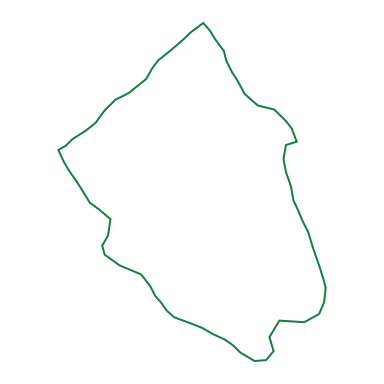 Patanissos, Cyprus, rotated 90°
{"feature_id": "46923920B57147511667034", "entity_name": "Patanissos", "entity_type": "district", "adm_level": 2, "iso_a3": "CYP", "parent_name": "Cyprus", "parent_adm1": "", "projection": "albers", "projection_center": [34.094, 35.479], "detail": "fine", "context": "isolated", "style": "outline", "palette": "green", "viewbox_px": 384, "rotation_deg": 90, "n_neighbors": 0, "source": "geoboundaries", "source_scale": "gbopen_adm2", "svg_char_len": 1007}
<svg xmlns="http://www.w3.org/2000/svg" viewBox="0 0 384 384"><g transform="rotate(90 192 192)"><path d="M150.0,325.7L162.3,319.9L170.6,315.0L181.3,307.5L181.8,307.2L190.4,301.7L202.7,294.2L209.3,285.1L219.2,273.5L235.7,276.0L245.6,281.8L254.7,279.3L265.4,264.4L274.4,242.9L286.0,233.8L295.9,228.8L302.5,223.0L310.7,217.2L317.3,209.8L323.1,194.0L328.0,181.6L333.8,171.7L339.5,159.3L345.3,151.0L352.7,143.5L361.0,129.5L360.1,117.9L351.1,110.4L337.1,114.6L320.6,104.6L322.2,79.8L314.0,64.9L302.4,59.9L287.6,58.3L278.5,60.8L267.8,64.1L246.4,71.5L232.4,75.7L220.9,81.5L211.0,85.6L200.3,90.6L186.2,93.1L172.2,98.0L159.0,100.5L145.0,98.0L141.7,87.3L128.6,92.2L121.1,98.0L109.6,109.6L105.5,126.2L93.9,139.4L79.9,146.9L72.5,151.8L61.0,157.6L51.1,160.1L38.7,169.2L30.5,174.2L23.0,180.8L32.9,194.0L39.5,200.7L50.2,213.1L60.1,225.5L67.5,231.3L79.1,237.9L85.7,246.2L93.1,255.3L99.7,268.6L110.4,279.3L122.8,288.4L130.2,297.6L139.2,311.6L145.8,318.3L150.0,325.7Z" fill="none" stroke="#15803d" stroke-width="2"/></g></svg>